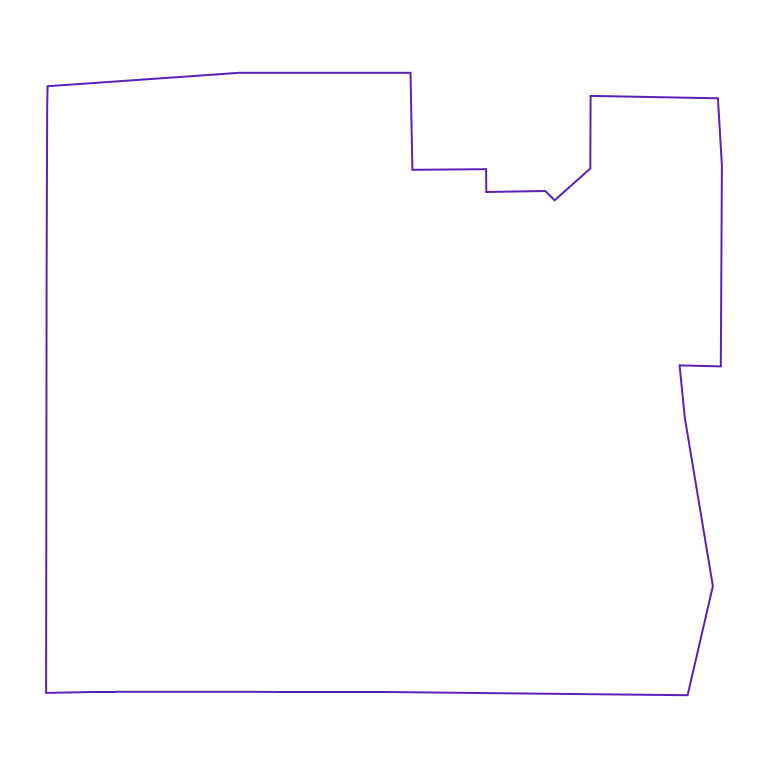 the district of Chemung, New York, United States of America
{"feature_id": "52423323B68121870797656", "entity_name": "Chemung", "entity_type": "district", "adm_level": 2, "iso_a3": "USA", "parent_name": "United States of America", "parent_adm1": "New York", "projection": "mercator", "projection_center": [-76.753, 42.147], "detail": "fine", "context": "isolated", "style": "outline", "palette": "violet", "viewbox_px": 768, "rotation_deg": 0, "n_neighbors": 0, "source": "geoboundaries", "source_scale": "gbopen_adm2", "svg_char_len": 487}
<svg xmlns="http://www.w3.org/2000/svg" viewBox="0 0 768 768"><path d="M47.2,105.2L46.6,273.6L46.1,692.9L82.5,692.2L91.1,692.0L106.8,692.0L115.0,692.0L116.7,691.8L251.4,691.8L281.6,692.0L385.7,692.0L561.1,693.9L686.8,695.2L687.6,695.2L712.9,586.1L684.8,417.6L679.6,365.4L720.8,366.4L721.9,165.6L717.9,98.3L590.6,95.9L590.3,168.5L554.6,200.3L545.3,191.0L486.3,192.0L486.1,169.2L412.4,169.8L410.5,72.8L239.1,72.8L47.6,86.2L47.2,105.2Z" fill="none" stroke="#5b21b6" stroke-width="2"/></svg>